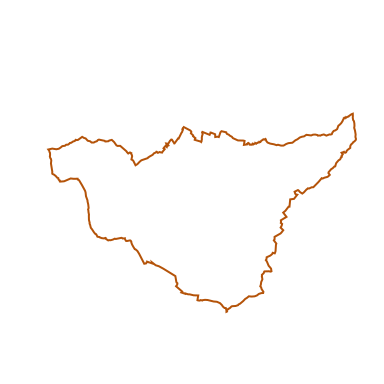 Calan, Hunedoara, Romania (orthographic projection), rotated 192°
{"feature_id": "2599482B89052064146304", "entity_name": "Calan", "entity_type": "district", "adm_level": 2, "iso_a3": "ROU", "parent_name": "Romania", "parent_adm1": "Hunedoara", "projection": "orthographic", "projection_center": [23.011, 45.738], "detail": "fine", "context": "isolated", "style": "outline", "palette": "amber", "viewbox_px": 384, "rotation_deg": 192, "n_neighbors": 0, "source": "geoboundaries", "source_scale": "gbopen_adm2", "svg_char_len": 5963}
<svg xmlns="http://www.w3.org/2000/svg" viewBox="0 0 384 384"><g transform="rotate(192 192 192)"><path d="M213.5,253.8L213.6,253.4L214.1,252.9L214.4,251.7L214.0,251.7L213.8,251.1L213.9,250.4L214.1,249.8L214.1,248.8L214.6,247.7L216.1,241.8L216.2,241.5L216.7,241.6L219.2,235.9L219.4,235.8L222.5,239.0L223.2,239.0L224.2,237.4L225.2,234.5L225.9,234.2L227.3,234.1L226.9,233.5L225.6,233.4L225.7,233.2L225.4,232.8L224.9,232.5L225.9,231.8L226.0,230.8L227.4,231.7L228.3,230.2L228.9,228.9L228.0,228.6L227.6,228.2L229.4,224.9L229.4,224.4L230.6,224.2L231.9,224.4L233.5,223.2L234.8,224.0L235.2,224.0L235.5,223.2L237.3,221.9L238.2,220.2L240.6,218.1L242.1,216.6L242.4,215.9L248.1,212.5L249.5,210.7L251.2,207.9L252.8,206.4L255.8,210.2L256.4,210.7L258.0,211.2L258.0,214.6L258.6,215.8L259.6,216.9L259.5,217.4L260.9,217.8L262.4,216.4L263.2,216.9L263.5,217.3L264.0,217.5L264.6,218.2L271.8,222.2L274.4,221.6L275.6,221.9L278.5,224.6L281.3,226.3L283.7,225.1L284.3,224.3L286.8,223.5L287.4,223.4L288.0,223.9L293.9,223.9L294.9,223.2L295.6,221.9L297.3,220.9L298.3,220.0L300.5,219.5L302.1,220.4L304.7,220.5L307.2,222.3L308.8,222.4L310.9,223.1L314.3,219.3L315.5,218.8L316.6,218.9L317.3,217.5L318.8,216.7L320.3,215.1L321.7,214.5L322.0,213.8L323.2,212.5L324.9,212.1L325.9,210.8L328.4,209.9L329.8,208.1L331.3,206.6L333.6,205.6L337.7,205.4L341.4,203.7L340.1,202.5L339.7,201.5L339.0,200.7L338.5,198.6L338.4,197.1L337.4,195.4L336.9,195.1L336.2,193.6L335.9,190.6L332.9,182.9L332.6,181.2L332.3,180.7L330.6,180.3L328.6,179.3L326.9,178.0L326.0,177.9L325.6,177.7L325.4,176.9L324.8,176.2L323.7,175.8L323.5,174.8L323.3,174.7L319.3,175.9L313.5,180.0L310.5,180.3L306.6,181.2L306.3,180.4L305.2,180.2L304.7,179.8L301.0,175.8L296.8,170.9L296.0,169.4L294.8,165.8L292.5,162.1L292.2,161.0L290.9,158.2L289.8,154.9L290.0,153.2L289.6,152.6L289.1,150.9L288.0,148.2L288.0,147.5L287.0,143.3L285.7,140.6L285.6,139.7L284.9,138.8L283.6,136.1L283.1,135.6L282.1,134.8L279.4,132.1L277.7,130.8L277.3,130.9L276.7,130.5L275.2,128.6L273.1,128.7L272.7,128.4L270.6,128.1L268.4,128.3L267.2,129.1L266.8,129.0L266.6,128.3L263.9,127.2L263.1,127.7L261.6,127.9L259.5,129.0L257.8,130.3L256.8,130.2L251.5,132.5L251.0,132.5L250.2,132.1L248.1,132.7L248.1,132.4L246.5,130.5L245.5,130.5L242.5,131.8L241.8,131.6L241.0,130.7L240.9,130.1L239.8,128.3L238.1,126.3L236.1,124.2L235.4,124.2L233.2,123.0L230.9,120.6L223.8,111.9L222.1,112.6L221.8,113.7L221.5,114.2L221.1,114.2L221.2,114.5L215.6,113.8L216.2,114.7L212.3,112.8L209.0,112.5L204.3,111.1L190.8,106.3L188.7,101.0L188.3,100.3L187.3,99.7L187.2,98.3L188.0,96.5L180.9,92.6L181.5,91.5L177.4,91.0L177.4,91.4L174.5,91.1L173.0,91.4L168.8,91.3L164.4,92.1L164.2,87.3L163.5,87.2L161.8,87.4L161.0,88.1L159.4,88.0L159.1,88.4L156.9,89.2L154.3,89.6L148.1,89.4L144.8,89.8L141.5,89.1L139.2,87.6L138.0,86.4L136.1,85.3L134.8,85.5L133.7,83.3L133.4,82.0L132.9,82.4L133.5,83.3L133.1,83.8L133.1,84.6L132.1,84.9L131.9,85.4L130.6,86.6L129.8,88.0L129.1,88.6L125.6,89.6L123.4,90.9L123.1,91.7L121.9,92.6L119.3,95.9L117.7,98.5L116.3,99.8L114.7,101.8L112.0,102.1L109.0,103.0L107.0,104.3L105.4,106.2L103.2,107.5L101.4,108.0L101.4,109.2L103.8,111.6L104.6,113.2L105.6,113.9L105.4,115.6L105.6,118.3L105.0,121.2L105.5,122.6L106.1,123.7L106.0,124.2L106.4,125.5L105.0,127.5L104.8,129.2L104.6,129.4L100.5,130.4L98.4,130.5L97.8,131.0L98.7,133.4L99.7,134.3L101.7,135.8L104.4,139.7L105.6,140.7L105.2,141.8L105.4,143.7L102.4,145.9L101.4,147.0L100.6,148.2L100.4,149.3L98.3,149.2L98.1,150.1L98.0,151.6L98.9,157.8L98.8,159.1L101.9,161.7L101.4,162.9L101.9,165.3L96.8,169.8L96.0,171.1L94.8,173.6L97.9,175.6L97.3,177.7L97.2,179.5L98.7,180.2L98.6,180.9L99.2,182.8L94.4,187.3L98.5,190.8L96.7,193.1L94.5,197.7L93.6,197.9L94.4,205.2L90.8,206.5L88.5,211.2L90.0,211.3L90.6,211.7L91.7,213.6L88.8,215.9L88.3,215.8L86.2,214.3L83.8,213.4L82.5,214.9L80.4,218.5L80.0,218.7L79.4,219.7L78.3,219.7L75.9,221.5L74.3,221.9L70.3,228.2L68.0,232.5L67.0,232.3L65.5,233.5L62.9,234.8L62.0,235.6L60.8,237.4L62.5,238.9L62.5,239.8L60.6,243.3L59.4,244.4L58.0,246.6L57.4,246.7L57.2,247.0L57.1,249.1L56.9,250.4L55.2,253.5L54.0,254.6L53.7,255.4L53.6,256.3L52.9,257.2L53.3,258.0L52.8,258.4L52.7,259.7L52.4,260.2L52.8,260.6L52.7,261.0L53.3,260.9L53.9,261.5L53.1,262.0L52.7,261.7L51.7,262.9L51.2,262.4L50.4,262.2L49.5,262.9L49.3,264.2L48.6,265.5L46.4,268.0L46.7,269.7L46.6,270.6L46.1,271.8L45.1,273.1L44.7,274.2L43.7,275.2L42.7,276.8L42.6,277.9L43.6,279.8L43.9,282.3L45.3,285.9L46.7,288.5L46.8,290.3L47.4,292.7L48.3,294.9L49.4,296.0L50.2,298.1L50.4,299.5L51.0,302.0L52.2,301.2L54.4,298.8L54.6,298.3L55.4,298.0L56.8,296.7L57.0,296.9L57.1,296.6L57.3,296.8L58.4,296.4L58.9,295.7L58.7,295.4L59.4,293.5L59.5,292.6L60.4,290.3L61.7,288.3L62.6,287.3L63.1,283.7L64.6,282.1L66.1,281.2L67.0,279.4L67.3,277.6L68.4,277.0L69.5,276.9L72.3,275.1L75.0,275.7L77.3,274.6L78.0,273.9L79.7,273.7L80.5,273.3L81.3,273.8L83.5,273.8L85.6,273.2L87.2,272.1L92.0,271.7L94.0,269.7L96.0,268.9L97.9,267.7L99.8,265.5L101.6,264.1L104.0,261.1L107.9,259.8L109.9,258.5L111.8,256.7L112.5,256.3L114.7,255.9L117.7,256.1L119.0,255.4L121.7,255.7L125.6,255.6L128.4,256.1L130.0,257.4L130.8,258.9L131.3,259.2L132.1,258.3L133.2,258.4L133.8,257.5L134.8,256.7L135.5,255.1L136.7,255.1L136.8,254.3L138.0,254.0L138.3,253.5L139.0,253.2L139.2,252.6L139.6,252.6L140.0,253.0L140.3,253.1L140.3,252.7L141.8,251.4L142.5,252.0L142.8,252.0L143.1,251.1L142.9,250.9L144.2,250.4L145.2,250.7L145.6,250.4L146.4,251.4L147.2,251.7L147.4,251.5L147.4,251.0L148.2,250.5L148.1,250.0L151.0,248.9L151.2,252.9L152.3,253.0L157.8,252.0L163.2,253.2L164.5,254.3L166.8,255.0L167.9,255.7L169.9,256.1L170.5,256.7L170.9,257.5L175.8,257.6L176.6,256.3L177.2,251.3L178.6,251.4L180.7,250.6L181.4,253.3L186.1,254.1L186.3,254.0L186.1,253.2L186.7,252.1L186.7,251.6L195.2,253.1L194.8,252.9L193.6,250.8L193.8,249.0L193.7,246.9L193.3,245.8L193.3,243.9L193.2,243.5L193.4,242.8L193.9,243.1L200.2,243.6L200.2,244.8L199.9,245.4L202.6,246.8L202.6,247.6L205.3,249.2L205.1,250.6L205.8,251.4L206.7,251.9L213.5,253.8Z" fill="none" stroke="#b45309" stroke-width="2"/></g></svg>